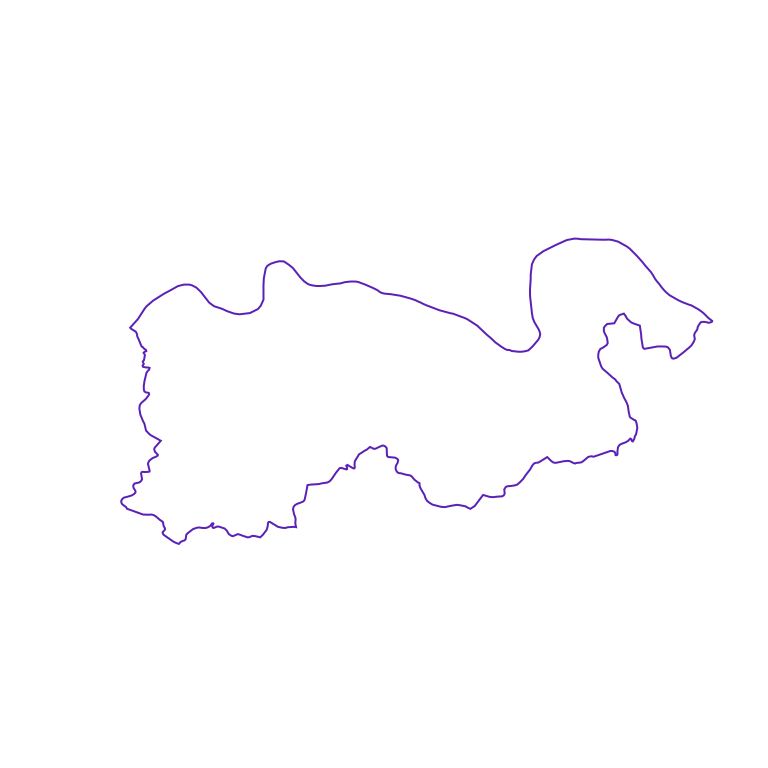 Phu Ninh, Phú Thọ, Vietnam (Albers equal-area conic projection), rotated 302°
{"feature_id": "81297802B64104222015073", "entity_name": "Phu Ninh", "entity_type": "district", "adm_level": 2, "iso_a3": "VNM", "parent_name": "Vietnam", "parent_adm1": "Phú Thọ", "projection": "albers", "projection_center": [105.302, 21.456], "detail": "fine", "context": "isolated", "style": "outline", "palette": "violet", "viewbox_px": 768, "rotation_deg": 302, "n_neighbors": 0, "source": "geoboundaries", "source_scale": "gbopen_adm2", "svg_char_len": 6166}
<svg xmlns="http://www.w3.org/2000/svg" viewBox="0 0 768 768"><g transform="rotate(302 384 384)"><path d="M142.0,232.1L145.6,248.8L148.3,253.5L150.2,256.2L150.8,258.4L150.8,260.7L150.0,266.1L149.9,269.5L146.7,272.5L146.0,274.0L144.9,275.3L143.5,275.3L140.9,274.8L139.6,276.3L139.3,277.6L138.7,289.1L139.1,292.4L139.7,294.8L142.3,295.2L144.5,296.7L145.6,297.7L147.4,298.0L151.4,296.2L152.9,296.4L159.7,298.9L162.9,301.4L164.4,303.3L165.5,305.9L166.9,308.4L167.8,309.5L169.5,310.8L171.7,311.9L174.6,312.1L175.3,312.8L175.1,313.4L173.2,313.5L172.1,314.0L171.5,314.7L171.4,315.2L171.7,315.9L174.5,317.9L175.1,318.6L175.6,319.8L177.0,325.4L176.4,328.2L174.5,331.9L174.4,335.1L174.9,336.5L177.3,338.3L179.1,339.4L179.5,340.3L179.9,341.9L180.5,344.9L181.7,349.7L182.8,351.0L185.4,352.8L186.6,355.0L188.4,360.3L192.1,361.2L198.1,361.8L201.5,360.8L205.0,359.2L205.9,359.4L206.6,360.4L206.7,369.8L208.1,373.8L209.5,376.5L211.6,378.4L215.2,383.4L216.0,385.3L218.7,382.7L222.8,380.5L224.5,378.7L225.5,377.2L229.4,373.3L231.9,372.4L234.1,372.7L236.1,373.7L240.9,377.4L242.4,378.0L243.8,378.0L250.2,375.7L257.7,372.7L259.5,374.7L264.8,382.0L266.4,383.5L270.4,388.1L272.5,389.4L275.4,390.0L283.5,390.3L289.1,391.0L290.3,392.4L291.6,397.3L292.4,397.8L293.7,396.8L294.7,395.3L296.0,395.8L296.1,401.8L296.4,403.3L297.5,403.6L299.9,401.8L303.0,400.2L311.2,400.1L313.3,401.2L317.3,403.0L319.0,404.1L323.2,405.5L323.6,409.6L324.6,411.1L327.7,413.0L331.0,415.3L331.7,416.8L331.6,418.8L331.0,420.3L324.8,424.5L324.3,426.2L327.4,432.4L327.6,435.1L326.8,436.5L324.3,437.3L321.2,437.4L318.9,438.3L317.5,439.6L316.4,441.6L316.2,443.6L317.3,445.8L318.5,450.1L320.3,454.5L320.3,456.8L319.4,459.1L318.9,461.1L318.5,465.4L318.8,466.4L318.3,467.0L316.6,468.0L314.7,470.6L311.4,477.0L308.9,480.0L307.7,482.6L307.4,485.1L307.4,489.0L310.0,497.3L311.8,500.8L316.5,505.7L320.2,509.9L321.8,513.5L323.4,517.8L323.5,520.6L323.9,523.4L328.6,525.6L342.4,526.8L344.2,533.3L345.9,536.6L348.4,539.6L351.3,543.7L353.0,544.6L355.0,544.4L358.4,541.8L361.3,541.9L362.7,542.9L364.7,545.6L367.2,548.5L369.3,550.3L372.6,551.3L377.2,552.3L381.5,552.4L389.1,553.2L393.4,553.0L396.0,553.3L397.7,554.6L399.1,556.5L404.5,559.2L408.5,561.1L407.3,566.7L407.2,569.4L408.1,571.4L413.8,577.4L416.4,580.9L417.1,582.9L417.3,585.6L417.7,588.0L419.1,589.1L420.5,591.0L422.3,593.0L424.7,594.0L430.3,595.8L431.5,596.9L432.7,598.3L433.4,600.3L447.2,611.5L448.3,613.5L448.6,615.3L448.2,616.5L446.4,618.1L446.6,618.7L447.1,619.2L448.3,619.2L450.3,617.8L454.0,616.1L455.6,615.9L457.4,616.1L459.6,617.5L462.7,619.9L465.0,621.1L468.2,621.8L468.3,622.9L467.5,623.8L467.0,624.5L467.2,625.5L470.1,625.3L472.9,624.4L474.8,624.5L481.2,622.0L484.4,619.1L486.1,617.1L486.4,616.2L486.1,615.4L486.1,611.0L486.4,609.9L489.6,606.7L494.8,602.3L497.1,599.2L499.4,595.1L502.9,589.9L504.6,588.1L508.7,583.5L509.6,579.5L510.4,577.7L510.7,573.9L511.9,567.3L512.8,561.2L514.2,558.6L519.7,551.9L521.7,550.5L525.2,549.0L528.4,548.9L530.4,550.2L535.0,552.2L537.3,552.0L540.2,549.6L541.9,547.9L543.7,544.7L545.1,542.7L548.0,540.7L550.0,540.7L553.2,541.5L557.5,547.1L565.3,546.8L567.1,547.1L570.8,550.1L569.7,552.9L568.2,555.5L567.3,560.4L567.3,561.7L567.9,565.1L569.1,570.0L562.4,575.7L559.1,578.1L552.1,584.2L551.7,586.1L560.9,596.2L564.9,602.8L565.6,605.1L564.5,608.3L559.8,612.4L558.5,614.5L558.8,616.0L561.1,618.1L569.3,621.1L577.0,623.6L580.0,624.3L583.8,624.3L586.8,623.8L589.6,621.3L590.7,620.8L592.6,620.6L596.3,620.8L598.4,619.9L600.7,619.7L604.2,619.9L605.5,621.2L606.8,623.4L608.1,627.2L610.4,629.1L611.4,628.9L611.9,623.9L612.3,622.5L613.5,616.8L613.8,613.5L613.9,610.2L613.5,602.7L612.8,600.3L611.5,593.5L611.0,589.1L610.6,579.0L611.3,574.7L611.9,572.1L612.8,569.2L613.8,566.4L614.6,564.6L615.6,561.3L616.8,558.2L618.9,554.3L620.4,551.0L622.7,543.2L624.5,538.1L626.6,530.8L629.0,520.7L629.3,517.0L628.8,507.2L627.1,501.3L625.8,498.4L623.0,494.3L611.0,474.0L610.2,471.9L608.1,468.3L602.9,462.7L593.2,456.2L581.1,448.8L573.4,445.6L569.1,445.3L563.9,446.0L554.6,450.4L550.7,452.8L541.2,457.9L535.8,461.4L522.0,472.3L518.8,475.2L516.5,478.2L514.4,482.1L512.6,485.7L511.0,488.1L509.3,489.9L506.3,491.1L503.4,491.4L494.6,490.1L489.0,488.6L486.3,486.0L484.6,484.0L482.8,481.3L479.7,474.9L479.3,472.2L478.2,470.6L477.8,468.0L477.8,463.8L478.3,456.5L479.5,450.5L480.3,445.0L482.9,432.1L483.1,420.8L482.8,417.9L480.2,405.2L479.3,403.1L475.9,391.8L473.1,377.6L472.5,373.0L472.6,372.2L472.0,369.3L472.0,368.4L471.6,365.7L470.4,360.7L467.5,351.0L463.8,342.3L460.8,336.3L460.1,334.0L459.8,331.9L460.1,328.8L459.6,323.7L458.4,315.6L456.9,308.3L455.9,305.7L453.3,301.5L449.6,296.8L446.1,293.6L443.9,290.7L440.8,286.9L436.1,281.9L432.5,276.8L430.9,273.9L429.6,270.8L428.7,268.1L428.5,265.7L428.8,261.6L430.1,256.4L434.0,245.5L434.7,240.3L434.9,234.1L432.5,230.0L429.5,227.1L426.1,224.3L422.6,222.5L419.5,222.4L410.1,226.0L403.8,229.5L391.7,237.1L385.1,238.0L380.8,237.4L373.1,232.7L366.6,224.6L364.3,219.6L362.6,212.2L362.0,207.1L359.9,198.6L360.4,192.6L365.0,180.0L366.3,173.9L366.0,169.2L365.1,166.2L362.2,161.6L357.9,157.4L349.7,152.9L343.8,149.5L332.3,144.0L323.9,141.4L321.1,141.1L308.6,140.9L297.2,138.9L296.8,140.8L296.8,145.9L295.7,147.7L293.6,149.6L291.8,152.4L289.7,155.2L287.3,158.7L287.5,159.7L286.8,161.9L286.7,164.2L285.9,165.0L284.3,163.9L283.1,163.6L281.9,165.9L277.0,167.8L275.3,167.5L273.6,169.7L271.7,169.5L270.9,170.6L271.9,173.4L273.3,175.8L273.4,176.7L271.7,177.2L269.5,176.7L267.4,176.7L259.1,179.5L254.9,181.4L251.9,183.4L250.7,184.8L250.7,186.5L251.8,189.2L251.0,190.2L249.4,190.4L244.9,189.9L239.3,188.2L236.7,188.1L233.7,189.4L228.9,193.6L225.1,198.9L223.3,201.9L218.4,206.9L217.2,211.5L217.0,213.5L217.6,224.8L208.5,223.3L207.1,223.6L206.2,224.4L205.2,225.7L204.1,229.8L203.3,230.0L201.9,229.4L198.5,227.0L196.1,226.1L194.8,225.6L192.3,225.8L191.1,226.2L186.3,231.2L185.5,231.5L185.1,231.3L182.7,228.0L181.5,225.7L180.9,225.2L179.5,225.3L175.0,229.3L172.8,229.4L170.9,228.7L167.3,225.1L165.2,225.1L164.2,225.7L163.2,226.7L161.6,229.8L160.8,230.5L159.8,230.7L158.4,230.4L155.8,229.1L152.8,226.5L149.6,223.5L146.9,222.9L145.4,223.2L144.1,224.3L143.3,225.8L142.9,230.7L142.0,232.1Z" fill="none" stroke="#5b21b6" stroke-width="2"/></g></svg>